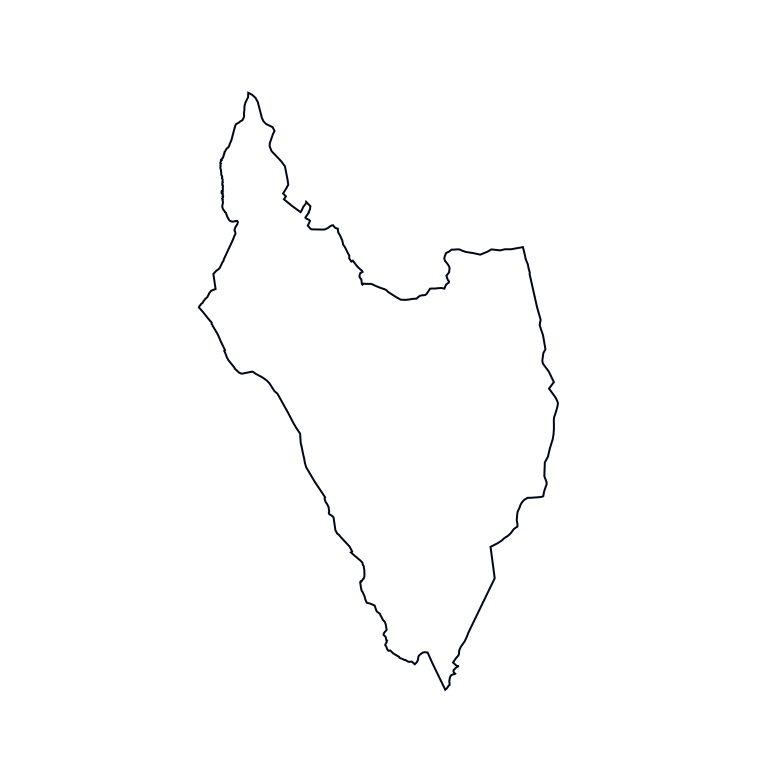 the district of Carpinet, Bihor, Romania, rotated 259°
{"feature_id": "2599482B57966099194039", "entity_name": "Carpinet", "entity_type": "district", "adm_level": 2, "iso_a3": "ROU", "parent_name": "Romania", "parent_adm1": "Bihor", "projection": "robinson", "projection_center": [22.479, 46.428], "detail": "fine", "context": "isolated", "style": "outline", "palette": "ink", "viewbox_px": 768, "rotation_deg": 259, "n_neighbors": 0, "source": "geoboundaries", "source_scale": "gbopen_adm2", "svg_char_len": 6145}
<svg xmlns="http://www.w3.org/2000/svg" viewBox="0 0 768 768"><g transform="rotate(259 384 384)"><path d="M491.9,546.5L492.0,534.7L493.2,528.2L493.0,523.5L495.6,515.2L494.2,511.0L492.6,503.2L495.5,496.5L498.1,489.3L500.1,486.0L501.7,483.8L502.3,480.9L502.6,477.8L503.0,476.4L502.8,475.4L502.1,474.3L501.3,472.5L501.1,471.2L500.6,469.8L497.7,468.0L495.7,467.1L493.2,467.4L490.5,468.9L487.0,470.4L484.8,470.4L481.1,469.1L478.3,465.9L474.0,466.5L472.2,467.4L471.3,467.0L470.0,464.4L469.2,463.5L466.1,461.5L467.3,458.7L467.9,453.7L467.9,452.5L468.5,449.7L468.8,447.4L464.3,443.1L463.7,442.0L463.5,440.7L463.8,438.6L463.7,436.1L462.8,434.1L461.6,432.4L462.2,427.3L462.1,425.3L462.5,420.9L463.6,416.5L466.5,413.0L471.1,408.2L473.3,405.8L475.8,404.1L476.9,402.7L479.2,398.6L482.1,394.2L484.2,391.4L484.9,389.6L485.7,385.4L486.4,383.4L485.6,381.8L486.4,381.4L491.2,381.7L492.3,380.9L493.4,380.5L494.4,380.5L495.7,380.9L497.3,381.8L498.1,384.3L499.3,384.0L503.9,380.5L511.0,376.9L510.4,375.3L514.0,373.8L516.5,374.4L520.4,373.2L525.1,372.0L528.6,370.5L533.6,370.4L534.4,370.0L537.2,369.5L541.6,368.0L543.9,368.1L545.3,368.3L545.8,367.2L546.4,366.1L547.7,365.2L549.6,364.2L549.5,362.4L549.2,361.4L548.6,360.3L547.8,358.5L547.0,355.5L547.3,353.3L549.6,342.5L550.3,341.6L553.9,339.4L558.2,342.5L559.6,341.6L561.3,339.1L562.4,338.6L566.7,343.0L567.2,342.8L569.6,344.7L571.7,345.3L572.5,345.7L577.6,342.4L576.8,342.1L575.6,341.3L573.6,338.8L570.2,336.4L568.6,334.9L575.7,328.3L584.4,321.0L586.9,323.5L590.3,321.3L595.0,325.7L597.9,328.0L602.1,328.3L616.6,328.3L622.4,325.5L634.0,318.1L639.0,317.1L642.1,317.8L650.7,322.8L653.2,324.8L657.3,323.7L661.8,317.8L664.9,315.8L668.6,314.9L684.9,313.9L689.5,312.4L693.1,309.7L695.8,306.3L691.4,305.3L686.9,301.8L683.5,300.1L679.2,299.1L676.6,298.2L673.2,297.7L671.8,296.8L670.0,295.4L669.2,293.0L668.1,291.0L667.5,288.7L666.6,287.7L663.4,286.0L652.2,280.6L649.4,278.6L647.0,277.2L646.0,276.2L645.2,274.7L643.8,273.2L643.1,272.8L642.2,272.1L642.2,271.8L641.2,271.4L640.8,271.1L640.2,271.1L640.0,270.7L638.7,270.2L638.3,269.8L636.9,269.2L636.6,268.5L636.1,268.3L635.4,267.1L634.9,267.2L635.0,266.7L634.7,266.6L634.2,266.8L632.5,265.5L632.1,265.5L631.5,266.0L631.1,265.5L630.1,265.4L629.5,265.0L628.3,265.0L627.6,264.6L625.8,264.6L625.2,264.8L623.9,264.7L623.5,264.5L622.5,264.5L620.4,264.2L619.7,264.4L619.4,264.6L618.2,264.8L617.9,264.5L616.9,264.2L615.8,264.6L614.7,264.5L613.5,264.1L612.7,264.3L612.1,263.6L610.8,263.3L610.2,263.3L610.1,263.6L608.8,263.7L608.3,263.3L605.3,262.9L604.9,262.7L604.6,262.1L604.3,262.0L604.4,261.6L603.6,261.2L602.7,261.5L602.4,261.1L602.1,261.3L602.2,261.6L601.9,261.4L601.5,261.5L601.3,261.7L601.5,262.0L601.0,262.0L600.9,261.7L600.2,261.8L599.2,261.4L598.9,261.9L597.7,261.5L597.4,261.0L596.8,260.4L595.7,261.0L595.0,260.6L592.9,260.6L589.8,259.3L588.7,259.0L586.4,259.3L583.9,260.5L583.0,260.7L582.4,261.4L578.0,262.1L574.4,263.3L573.6,263.9L572.7,265.1L572.1,267.1L572.2,267.8L572.2,270.8L571.2,271.4L570.6,271.4L568.9,270.5L566.2,268.0L563.9,266.7L563.2,266.5L562.0,267.0L559.7,266.8L558.6,266.0L557.9,265.3L555.9,264.2L552.3,261.7L536.9,250.5L535.8,250.1L534.0,248.4L529.4,245.0L528.3,243.6L527.8,242.6L527.4,241.4L524.6,237.5L509.4,236.8L508.5,232.1L506.1,229.3L505.1,229.0L504.6,228.3L503.1,227.3L501.5,224.7L499.7,222.6L498.8,221.9L498.6,221.6L498.1,221.1L497.1,219.3L496.6,219.0L496.0,218.0L494.5,216.9L488.9,220.2L482.1,223.7L480.4,224.8L479.7,224.9L478.4,225.9L477.0,226.6L475.8,226.2L474.9,226.7L473.6,227.0L464.4,230.3L457.0,231.9L447.4,234.4L446.9,233.5L444.6,234.1L439.8,234.9L436.7,236.0L429.0,240.1L427.3,240.6L422.8,243.9L421.5,245.8L421.2,247.1L421.3,254.9L421.2,257.4L418.5,260.0L413.5,266.1L409.9,269.5L406.5,271.7L397.9,275.1L394.7,277.6L373.9,284.4L362.7,287.7L357.6,289.5L351.2,292.2L342.3,291.0L337.6,291.2L330.3,291.2L326.2,291.4L322.1,291.3L317.2,291.7L301.4,297.3L283.9,304.6L283.5,304.1L282.9,303.8L279.2,304.2L276.6,305.4L274.6,305.8L273.9,306.1L269.5,305.9L267.8,305.2L267.1,305.3L266.8,305.4L264.2,308.1L263.2,308.7L262.2,309.0L249.8,308.4L246.1,309.5L244.5,311.0L241.7,312.5L231.0,319.2L225.6,320.8L225.0,319.4L220.9,322.5L218.7,324.4L217.8,325.0L215.4,327.0L213.0,328.6L212.3,328.8L211.6,328.7L210.3,328.8L209.4,329.2L208.5,329.3L205.4,329.2L200.3,328.4L198.3,327.8L196.8,326.9L196.7,326.4L194.5,324.2L194.9,323.7L194.5,323.1L193.8,322.8L188.0,322.5L185.3,322.6L184.3,323.2L179.4,324.4L175.8,324.6L172.6,325.3L171.1,328.5L168.4,332.5L162.8,333.3L161.5,334.0L159.0,336.3L158.1,336.3L152.5,338.0L150.1,339.5L147.7,339.8L142.3,339.7L141.3,338.7L140.7,337.8L139.5,336.5L138.4,335.8L137.8,335.7L135.7,337.2L134.7,337.4L133.6,337.3L131.7,337.5L131.5,338.0L130.0,337.2L127.9,335.5L127.4,335.4L125.9,336.1L123.2,336.5L121.4,337.3L121.2,339.3L117.6,341.8L113.3,346.7L112.3,347.0L112.1,347.2L110.8,349.3L109.3,351.3L108.9,352.5L107.2,354.3L106.4,355.6L106.3,358.1L104.9,359.4L103.0,360.7L104.6,363.1L106.8,364.7L110.1,365.9L111.2,367.2L112.9,370.6L113.0,372.5L112.1,375.6L101.2,378.1L72.2,385.8L73.3,387.7L75.3,389.6L76.1,391.0L78.0,391.3L79.5,391.3L82.6,392.4L84.6,393.6L85.4,394.6L85.8,396.4L85.8,398.1L86.0,398.6L87.1,397.8L88.2,397.4L88.9,397.4L89.9,397.8L91.7,400.4L92.6,402.6L92.8,403.7L93.2,401.8L97.4,398.6L101.0,402.2L103.3,405.2L104.6,406.0L108.3,407.1L111.5,409.4L116.0,414.1L120.1,417.1L123.7,419.3L172.2,455.6L203.8,457.5L206.0,465.1L207.9,469.8L209.7,472.6L211.3,476.7L213.2,479.8L216.7,483.6L217.7,485.5L218.6,487.8L221.3,488.3L224.9,488.3L229.0,489.4L233.0,490.7L237.1,493.7L239.1,494.8L240.7,496.1L242.3,497.8L243.5,499.5L244.2,501.6L244.8,502.9L244.8,503.9L244.3,506.2L243.2,515.8L243.2,517.9L243.6,519.0L247.3,520.4L249.1,521.3L254.4,524.4L256.5,524.9L262.9,523.8L276.3,526.9L281.4,531.1L288.9,534.4L297.4,539.0L302.5,540.9L307.8,542.3L316.6,543.9L319.2,544.8L321.5,546.2L328.2,549.7L331.9,551.1L334.1,550.8L337.8,549.9L348.0,545.1L353.4,551.1L364.6,548.2L373.7,543.9L375.7,543.8L377.1,544.0L383.9,546.3L387.3,549.1L401.5,549.4L412.2,548.0L413.1,548.6L414.9,549.0L416.1,549.7L417.4,550.0L430.2,548.9L464.1,547.9L465.7,548.4L469.4,548.0L474.1,548.0L479.5,546.9L483.4,546.9L491.9,546.5Z" fill="none" stroke="#020617" stroke-width="2"/></g></svg>